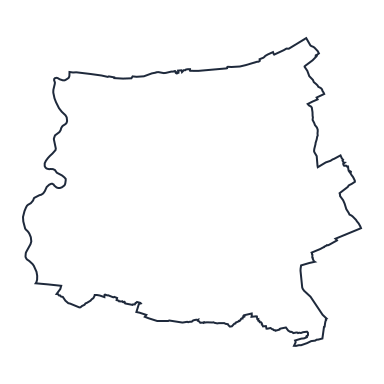 Maciuca, Vâlcea, Romania
{"feature_id": "2599482B93962739610645", "entity_name": "Maciuca", "entity_type": "district", "adm_level": 2, "iso_a3": "ROU", "parent_name": "Romania", "parent_adm1": "Vâlcea", "projection": "orthographic", "projection_center": [24.058, 44.753], "detail": "fine", "context": "isolated", "style": "outline", "palette": "slate", "viewbox_px": 384, "rotation_deg": 0, "n_neighbors": 0, "source": "geoboundaries", "source_scale": "gbopen_adm2", "svg_char_len": 5880}
<svg xmlns="http://www.w3.org/2000/svg" viewBox="0 0 384 384"><path d="M294.0,345.8L296.0,345.9L298.9,345.2L301.1,345.2L307.1,343.1L311.2,341.1L315.2,340.6L316.6,339.7L318.2,339.6L322.4,338.5L324.0,326.9L324.6,326.7L325.1,323.1L325.5,321.1L326.1,320.1L325.8,319.3L326.0,318.9L326.6,318.6L322.6,314.8L310.5,296.7L304.1,290.8L302.7,288.8L302.2,287.4L300.5,270.7L300.6,268.6L301.1,265.4L309.3,263.0L314.7,261.8L314.2,261.5L313.6,260.6L312.7,258.7L312.9,258.1L312.3,257.5L312.4,254.7L312.0,254.2L312.0,253.5L311.6,252.6L320.5,248.9L322.8,247.6L324.1,247.1L324.2,246.7L326.8,245.4L327.0,245.1L327.9,245.3L329.1,244.8L337.0,240.4L336.4,239.5L335.5,238.7L361.0,228.2L360.3,226.4L358.7,223.5L356.8,221.2L356.1,220.0L352.7,216.5L351.4,215.5L349.5,214.6L348.7,212.9L346.3,209.1L344.6,203.6L343.1,200.2L340.1,196.1L340.0,194.6L339.6,193.2L347.8,186.9L348.6,185.6L349.1,185.2L351.7,183.9L354.9,181.8L354.8,180.6L353.4,177.7L352.7,176.5L351.9,175.6L350.2,172.8L350.8,172.3L350.9,171.7L350.6,171.5L349.9,172.1L349.6,172.1L349.2,171.5L349.5,171.3L349.6,171.0L348.6,170.5L348.1,167.7L348.1,166.9L347.9,166.5L347.5,166.8L347.0,166.6L346.2,165.7L345.8,165.6L344.8,165.8L343.9,165.6L343.6,165.0L343.2,163.9L344.6,162.7L343.8,162.6L343.0,161.7L342.5,160.6L343.1,159.8L341.8,158.3L340.5,155.4L334.0,158.9L332.6,159.4L330.5,160.8L325.8,162.4L317.8,167.2L317.5,165.7L316.7,156.1L314.5,152.4L314.1,151.4L314.1,150.5L314.3,148.9L315.5,144.1L315.6,142.9L316.7,139.4L317.2,136.6L317.7,135.6L317.5,133.2L317.7,131.6L317.7,129.7L316.9,127.5L314.9,125.0L314.3,123.2L312.6,119.9L312.9,117.2L312.6,116.0L312.5,112.2L311.8,107.6L311.1,106.6L308.9,105.4L307.7,104.0L312.7,101.5L317.6,99.4L316.6,97.5L324.2,94.0L323.6,92.6L322.3,90.6L322.1,89.5L321.6,88.9L320.7,88.0L318.3,86.8L317.6,85.5L316.1,84.0L313.8,82.1L312.9,79.9L309.3,76.2L307.3,70.8L304.6,66.8L304.6,66.4L305.5,65.6L312.6,60.3L316.4,56.4L316.6,56.1L316.4,56.0L315.7,55.9L315.8,55.3L317.3,54.6L318.9,53.4L317.7,51.1L314.5,47.7L313.4,46.9L311.2,46.0L310.4,45.4L306.2,38.1L288.8,48.7L286.4,48.6L283.9,50.1L274.2,54.6L273.6,53.8L273.0,52.1L267.7,54.5L265.3,55.9L264.4,56.9L263.4,57.7L259.6,59.2L259.8,60.7L259.7,61.0L258.5,61.7L256.9,61.8L245.8,65.1L239.9,66.5L231.4,67.0L227.8,66.8L227.2,67.2L227.1,68.2L226.4,68.4L198.1,70.9L190.1,70.8L189.9,70.5L190.0,69.2L188.0,69.2L186.0,69.5L185.3,70.2L183.8,70.2L182.0,72.1L181.5,70.3L178.1,70.6L178.5,72.7L177.2,73.3L176.7,72.6L176.2,73.2L175.9,73.0L175.5,72.5L175.3,71.2L175.0,71.0L173.1,71.6L171.3,71.6L165.8,72.9L163.7,73.1L158.4,72.1L156.2,72.3L155.9,72.6L151.8,73.4L143.9,76.3L136.6,76.8L132.6,76.4L131.4,78.3L123.0,78.6L114.3,78.1L114.3,77.4L108.8,76.4L107.8,76.9L101.5,75.5L90.6,74.0L76.3,72.3L73.0,72.5L69.5,72.0L69.4,75.9L69.1,76.9L68.7,77.8L67.8,78.5L65.6,79.9L64.7,80.3L62.8,80.3L59.7,79.3L57.7,78.1L56.5,77.8L54.9,78.2L54.2,79.0L54.1,80.2L54.9,82.4L54.8,83.8L53.4,89.7L53.3,91.2L53.3,92.7L54.5,98.3L56.0,102.2L59.0,108.2L61.7,111.7L65.5,115.3L66.7,117.4L67.1,121.0L66.6,122.8L65.6,124.0L62.8,125.8L62.2,126.4L61.2,128.1L60.6,130.2L59.4,132.1L55.0,135.4L53.9,138.5L53.9,139.5L55.8,148.5L55.5,150.1L52.4,153.6L49.8,156.0L47.9,158.1L45.9,160.8L44.7,163.3L44.7,166.1L45.4,167.4L46.3,168.3L47.1,168.7L49.2,169.2L50.3,169.0L52.9,169.1L54.9,170.0L56.8,172.7L62.1,175.5L64.4,177.4L65.7,178.9L65.7,180.4L65.3,183.2L64.9,184.6L64.3,185.5L61.9,187.3L59.9,188.0L58.2,188.0L56.6,187.5L54.3,185.6L53.6,184.5L52.1,183.7L51.2,183.8L49.2,184.7L46.7,187.0L44.8,191.2L43.2,193.4L41.3,194.7L39.4,195.2L34.2,197.9L33.6,199.1L33.1,200.5L30.8,203.2L28.0,204.8L27.0,205.7L26.0,207.5L24.5,211.1L23.0,217.0L23.3,221.5L25.1,228.4L25.7,229.4L27.7,231.3L28.7,232.6L29.4,233.8L30.8,237.2L31.3,241.4L30.5,244.2L26.3,251.8L25.8,253.0L25.5,256.3L25.7,257.4L26.8,259.3L29.4,261.1L32.6,264.1L33.8,265.8L36.5,271.8L37.2,275.9L37.1,279.7L36.4,282.2L35.7,283.3L48.1,284.4L61.2,285.8L60.3,289.0L56.6,294.0L58.0,294.2L58.9,295.4L60.2,295.5L60.6,296.2L61.1,296.6L62.8,296.9L65.4,300.7L68.3,303.2L70.1,303.6L79.3,307.4L80.5,307.3L82.0,306.0L84.5,304.8L85.5,303.4L86.8,302.9L90.5,300.7L91.7,299.3L93.3,298.2L94.4,296.2L94.7,295.0L96.9,295.0L99.7,295.5L104.4,297.1L104.5,295.2L104.6,294.8L105.1,294.6L107.3,295.4L108.2,295.3L112.7,297.1L113.4,297.3L114.3,296.9L117.1,298.0L116.6,300.1L118.7,300.7L119.0,301.3L121.3,301.5L122.4,301.3L122.8,302.0L123.2,302.2L124.5,301.8L124.7,302.1L124.4,302.4L125.1,303.4L125.4,303.5L132.5,304.9L132.9,304.4L134.8,304.4L135.6,302.9L136.3,302.8L137.0,302.0L140.4,302.9L140.8,303.4L139.3,303.8L138.7,304.6L136.4,312.0L139.6,312.7L146.3,314.9L144.8,316.8L148.4,318.2L157.2,321.0L168.2,321.0L169.2,320.5L182.0,322.5L183.0,322.5L187.2,321.8L188.2,322.2L189.5,321.8L191.7,321.7L192.4,321.2L192.7,320.7L193.9,320.2L196.3,319.7L197.5,320.0L198.2,319.7L197.9,320.8L199.1,321.4L200.3,322.8L202.3,322.6L203.7,323.0L203.9,322.8L203.8,322.3L204.1,322.1L205.4,322.5L206.9,322.3L212.5,322.5L213.5,322.3L214.4,322.8L217.3,323.4L219.1,323.1L224.2,323.1L225.5,323.8L227.9,324.2L228.4,325.2L229.9,326.6L231.9,326.3L234.2,323.8L235.4,323.5L235.7,322.6L239.3,321.1L239.2,320.7L240.3,320.3L241.1,318.8L242.5,318.5L242.4,318.1L242.5,317.6L244.0,316.8L243.3,316.4L243.4,315.9L243.9,315.3L251.7,313.5L251.8,315.2L251.5,316.8L256.1,316.3L256.9,316.5L256.8,317.4L257.3,318.4L257.3,319.2L257.5,319.4L258.2,319.2L258.1,319.8L258.4,320.8L259.3,320.8L259.5,321.8L259.8,322.3L260.9,322.2L261.9,323.4L261.8,324.6L262.4,325.0L263.0,326.4L265.9,326.1L266.5,328.7L267.4,328.7L270.5,328.0L272.2,329.2L273.1,329.4L273.7,330.1L275.5,330.3L275.6,330.7L279.5,329.6L279.7,328.9L280.9,328.5L285.9,327.5L288.2,330.6L290.3,331.9L290.9,331.7L292.5,332.3L293.3,333.1L296.3,332.5L297.4,332.6L298.0,333.1L299.2,332.7L300.9,333.0L303.0,332.2L307.0,331.7L307.9,332.7L308.0,334.8L307.8,335.5L306.6,336.0L306.4,336.5L306.9,336.9L306.9,337.2L304.0,338.4L301.4,338.6L295.1,340.5L295.5,341.3L295.6,342.4L294.0,345.8Z" fill="none" stroke="#1e293b" stroke-width="2"/></svg>